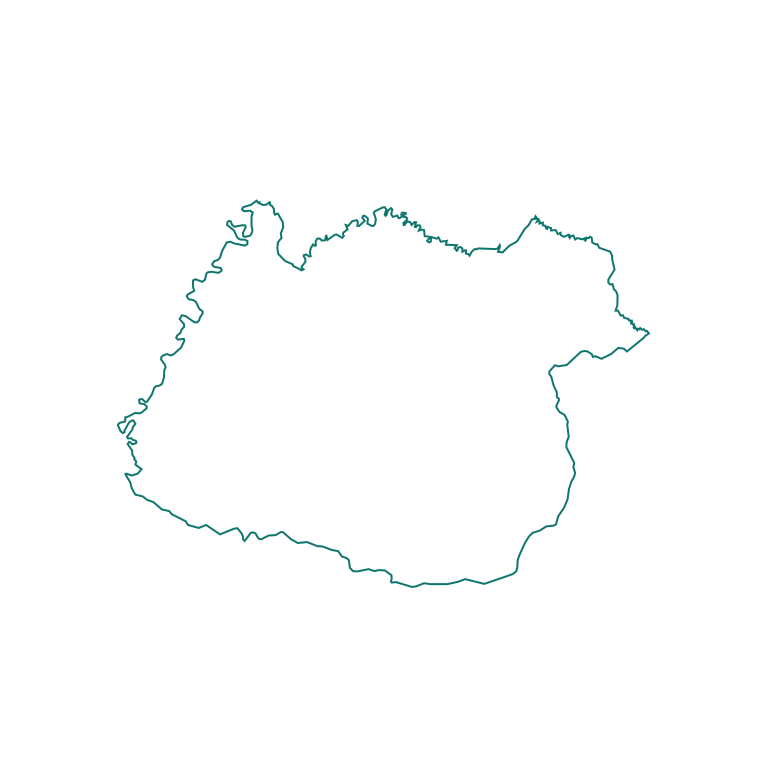 outline of Khutlo-se-Metsi, Thaba-Tseka, Lesotho, rotated 44°
{"feature_id": "5366337B67147005930942", "entity_name": "Khutlo-se-Metsi", "entity_type": "district", "adm_level": 2, "iso_a3": "LSO", "parent_name": "Lesotho", "parent_adm1": "Thaba-Tseka", "projection": "natural_earth1", "projection_center": [28.357, -29.676], "detail": "fine", "context": "isolated", "style": "outline", "palette": "teal", "viewbox_px": 768, "rotation_deg": 44, "n_neighbors": 0, "source": "geoboundaries", "source_scale": "gbopen_adm2", "svg_char_len": 6165}
<svg xmlns="http://www.w3.org/2000/svg" viewBox="0 0 768 768"><g transform="rotate(44 384 384)"><path d="M545.0,510.6L547.7,507.3L551.2,499.5L556.6,495.6L568.6,483.9L574.6,475.0L577.9,468.0L595.0,458.1L608.6,431.5L609.2,426.8L607.2,423.2L602.4,417.7L600.3,413.0L595.7,400.1L594.2,392.8L594.3,387.9L598.0,380.9L599.6,373.9L604.8,367.4L605.2,365.5L601.2,358.1L599.5,348.2L596.3,339.7L590.0,331.0L586.6,324.0L585.1,318.4L583.1,315.1L577.9,312.2L575.8,308.7L558.8,302.6L555.5,298.5L553.7,293.8L544.0,285.9L542.4,283.3L535.4,280.8L529.7,282.2L524.6,281.1L523.3,280.2L521.1,274.1L519.9,273.1L517.5,273.3L513.9,269.8L507.0,267.2L499.2,262.5L496.0,262.0L494.2,259.9L493.9,251.8L497.2,250.1L502.2,243.4L503.3,224.0L505.1,221.2L507.5,219.3L512.7,218.2L515.5,219.4L516.8,217.1L522.9,214.8L526.6,204.5L527.4,195.4L531.9,192.0L536.2,191.8L538.7,170.6L538.5,167.7L539.5,163.6L536.1,163.2L535.5,164.4L532.8,164.1L532.0,165.6L529.4,165.8L529.9,167.3L528.2,167.9L528.7,169.4L527.5,168.9L524.8,170.2L524.3,169.9L524.9,168.6L522.7,168.4L522.3,167.4L521.0,168.4L518.3,166.3L517.9,166.9L518.5,168.0L516.9,167.2L515.8,168.1L514.7,167.4L510.8,169.6L508.1,168.6L506.7,170.4L501.5,168.7L499.6,170.4L497.3,165.4L490.2,157.8L486.7,156.2L483.5,156.1L478.9,153.4L477.6,155.4L474.9,155.2L472.8,152.9L470.4,141.6L461.4,135.7L459.0,133.2L454.7,131.7L444.2,136.5L440.3,135.2L439.6,136.3L435.7,137.6L431.7,134.5L429.9,135.0L429.9,136.9L428.3,137.8L429.4,140.9L428.4,141.1L427.2,139.7L426.0,142.3L421.7,144.7L421.1,147.3L417.2,145.6L415.9,147.8L416.3,149.9L414.9,149.6L413.9,148.1L413.1,148.3L411.2,153.1L407.7,154.1L406.0,152.6L404.9,155.4L400.6,154.0L397.5,157.5L395.9,155.8L392.5,157.4L393.6,159.1L392.7,159.5L390.1,158.1L387.9,159.6L386.2,157.6L384.3,160.6L382.9,158.7L381.9,158.8L381.3,160.9L380.5,158.1L378.1,159.9L378.2,158.4L376.5,158.1L377.6,160.7L376.0,162.7L377.7,169.1L377.5,174.6L380.4,187.8L380.4,190.2L378.1,197.3L377.9,207.0L374.2,209.7L372.0,204.6L370.8,203.8L371.5,207.5L370.9,209.1L357.5,221.1L357.3,222.5L355.5,224.0L355.2,227.6L356.4,232.3L354.5,232.0L352.2,233.3L350.4,230.9L349.5,231.3L348.5,234.4L346.3,232.1L344.0,232.2L342.5,234.6L343.9,236.5L343.8,237.6L340.4,237.2L339.9,233.6L331.8,240.8L329.7,237.4L326.0,242.2L321.3,240.7L320.9,242.9L316.4,245.1L316.8,246.8L318.8,249.1L318.2,250.6L316.9,251.1L315.5,250.9L315.4,247.4L314.7,246.3L310.6,249.4L305.8,245.4L303.7,246.9L302.5,249.4L301.2,245.7L299.3,245.1L297.8,246.7L298.0,248.9L297.0,249.6L294.7,245.3L293.6,246.1L293.4,250.5L290.7,249.3L288.3,250.5L287.8,252.8L288.4,254.9L287.7,256.0L286.1,254.7L286.5,250.7L285.6,248.7L283.9,248.7L281.8,250.2L280.2,249.8L281.6,247.0L281.0,245.9L278.1,247.8L278.4,249.9L280.6,251.2L279.9,254.0L278.8,254.5L276.6,253.5L274.3,257.6L271.3,257.0L268.7,252.6L266.8,252.6L266.4,256.7L268.3,260.3L268.3,261.9L266.9,261.8L264.4,256.8L261.8,256.3L260.5,257.8L257.5,265.8L257.6,267.8L263.7,271.1L266.4,275.1L266.6,277.5L265.6,278.7L260.6,280.2L257.6,276.3L254.4,276.1L252.2,277.2L252.7,279.3L256.8,280.0L256.3,287.8L255.0,288.8L252.5,285.5L250.5,285.1L248.0,289.0L248.5,294.9L246.1,296.2L250.4,298.1L249.6,303.5L250.3,304.7L252.3,305.5L252.5,307.8L245.8,309.5L244.9,311.2L243.3,319.6L239.6,317.4L239.4,318.1L241.9,321.3L239.7,324.0L236.8,324.0L235.0,325.8L235.8,329.0L238.8,331.7L238.0,332.8L236.0,332.9L236.9,337.0L238.9,340.5L242.5,343.0L241.5,344.3L238.0,344.9L236.8,347.1L237.8,348.1L240.0,348.4L242.6,350.6L243.2,356.7L244.3,357.8L246.4,357.4L245.9,359.4L236.4,362.2L235.3,361.3L227.4,364.2L217.6,363.9L213.0,360.4L209.3,355.8L208.7,350.0L205.2,347.4L202.7,341.4L198.8,337.9L189.6,335.2L188.9,335.4L188.0,337.9L186.3,337.4L183.4,334.6L180.1,333.8L177.8,334.3L176.2,332.8L175.3,332.9L174.9,336.5L172.4,339.4L168.4,340.7L168.1,339.9L167.2,341.0L165.0,340.6L163.8,347.5L159.9,354.6L160.5,357.0L163.3,357.0L167.4,352.3L170.6,351.9L172.1,355.2L178.5,362.0L182.6,364.8L184.4,368.1L184.4,370.9L181.7,374.8L180.1,375.4L177.7,373.5L175.6,367.4L174.0,366.3L171.7,368.3L167.1,374.9L164.1,375.0L160.7,373.5L159.5,374.1L158.8,376.0L160.5,378.5L169.6,377.8L176.2,380.4L178.4,380.5L180.4,379.8L183.6,376.9L186.4,376.0L188.6,378.3L187.8,381.1L178.9,386.7L174.7,388.4L172.5,391.4L175.3,401.2L178.2,406.9L178.4,410.0L176.6,413.7L177.1,416.9L178.0,417.7L180.6,417.6L185.9,414.0L188.2,414.9L188.5,415.9L187.7,419.0L182.1,423.0L179.6,426.2L179.6,428.1L182.8,433.3L182.3,436.7L175.5,439.7L174.7,442.1L178.4,446.2L182.8,449.0L180.7,455.4L181.1,457.8L184.5,458.7L188.7,456.1L191.6,455.6L199.1,458.3L203.0,457.8L204.6,459.3L205.2,463.4L206.9,467.0L206.6,469.8L204.6,471.3L194.1,473.0L190.9,474.9L191.8,479.2L198.7,479.9L200.5,481.8L200.6,485.4L202.1,488.6L201.5,492.7L202.4,495.1L205.0,495.2L208.6,490.6L210.3,491.5L212.7,498.7L212.0,508.9L210.6,511.8L207.2,513.1L205.3,516.7L205.1,519.3L206.6,521.2L212.9,522.3L215.3,523.7L216.4,526.7L221.2,532.2L224.2,538.0L223.6,541.1L221.5,544.1L221.4,546.4L224.3,552.8L225.9,561.5L224.6,562.8L220.5,562.8L218.8,564.9L219.0,565.8L221.7,567.6L225.8,564.8L229.1,565.1L230.1,566.5L229.4,573.3L227.9,575.6L225.2,577.5L222.1,586.4L221.0,587.7L223.8,590.7L220.9,595.6L220.8,597.5L221.3,598.6L227.2,600.9L230.3,600.7L230.8,599.0L229.8,598.1L227.3,588.8L228.1,585.2L229.0,584.3L232.8,585.3L233.3,589.4L234.6,591.6L235.9,600.6L237.6,601.0L240.3,598.4L242.0,598.7L244.9,597.2L246.5,597.9L246.6,599.4L244.7,602.3L242.9,601.9L240.8,602.8L241.2,605.2L249.0,606.8L252.3,609.8L255.9,610.4L256.7,611.7L259.6,611.8L261.2,614.7L268.7,613.7L269.1,619.5L266.1,625.1L260.8,627.5L260.6,628.4L261.8,628.9L269.8,631.0L274.9,634.2L282.0,636.3L288.4,632.5L294.2,631.9L299.9,629.2L311.4,628.5L317.8,624.6L321.9,625.1L336.7,620.5L340.9,621.6L350.8,616.2L353.9,609.0L370.5,606.1L376.7,592.1L378.7,589.6L384.8,590.3L388.1,591.5L390.7,593.7L392.8,593.8L391.6,583.7L392.4,582.1L395.2,580.7L400.2,582.2L402.5,581.9L403.7,580.6L406.3,573.1L410.9,568.1L412.8,562.0L414.1,560.8L425.3,560.2L432.5,558.2L438.4,551.2L448.8,546.9L452.5,543.6L461.7,539.7L467.1,536.1L473.7,537.3L477.9,535.2L481.0,535.1L487.2,539.9L491.9,540.1L495.2,537.1L501.5,527.9L507.0,525.3L509.7,521.3L514.2,517.5L522.1,516.4L524.6,518.5L526.2,521.3L527.4,521.5L530.4,518.1L545.0,510.6Z" fill="none" stroke="#0f766e" stroke-width="2"/></g></svg>